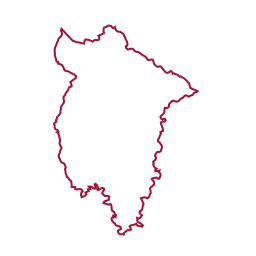 outline of Lebon Régis, Santa Catarina, Brazil, rotated 354°
{"feature_id": "56859067B67369109859398", "entity_name": "Lebon Régis", "entity_type": "district", "adm_level": 2, "iso_a3": "BRA", "parent_name": "Brazil", "parent_adm1": "Santa Catarina", "projection": "robinson", "projection_center": [-50.697, -26.878], "detail": "fine", "context": "isolated", "style": "outline", "palette": "rose", "viewbox_px": 256, "rotation_deg": 354, "n_neighbors": 0, "source": "geoboundaries", "source_scale": "gbopen_adm2", "svg_char_len": 5084}
<svg xmlns="http://www.w3.org/2000/svg" viewBox="0 0 256 256"><g transform="rotate(354 128 128)"><path d="M56.9,124.9L58.3,125.8L58.5,128.3L58.7,129.7L59.0,131.1L59.2,132.6L59.0,134.4L58.2,136.0L58.7,138.1L59.6,139.7L59.6,141.4L58.7,142.5L58.0,144.3L57.3,146.2L56.5,147.3L56.1,149.1L56.6,150.7L57.2,152.3L57.4,153.9L58.4,155.3L59.6,156.0L60.6,156.6L61.5,158.4L62.0,160.7L61.1,162.0L61.3,163.9L61.2,166.1L61.5,167.6L61.9,168.8L62.0,170.3L63.4,171.2L64.2,173.0L65.3,174.1L66.0,175.1L66.0,177.1L66.1,179.1L65.7,180.7L67.7,181.1L69.3,181.3L69.2,183.4L70.8,183.7L72.7,183.7L74.4,183.8L75.8,184.8L76.3,186.4L75.0,187.1L74.4,188.6L74.3,190.3L74.7,192.0L76.2,191.6L78.1,190.9L79.7,189.6L79.0,187.7L80.6,187.2L82.3,186.7L81.6,184.9L82.9,184.7L84.2,184.9L84.0,183.5L83.0,182.2L84.8,182.3L86.3,183.3L87.5,184.6L88.7,184.9L89.8,184.2L89.2,182.4L88.9,180.6L90.0,180.1L91.1,181.5L91.8,183.1L91.7,184.9L91.1,186.1L92.4,186.7L93.5,185.8L94.6,185.2L96.3,185.0L97.8,185.8L97.8,187.2L96.6,188.1L95.5,190.1L96.3,191.3L97.0,192.3L98.0,193.1L99.2,193.4L100.8,193.5L102.2,194.4L101.8,196.1L101.4,197.4L100.0,197.8L98.3,198.1L96.6,198.7L95.8,200.1L97.3,200.7L98.5,201.2L99.6,201.8L101.3,202.2L102.6,201.7L103.2,202.8L103.5,204.6L103.2,207.2L103.9,209.1L105.6,210.1L105.5,211.9L107.0,213.4L106.3,215.3L105.3,214.5L104.1,213.8L104.0,215.5L102.7,215.4L102.0,216.8L102.5,218.6L103.5,220.3L105.0,221.6L105.6,223.3L107.0,224.0L108.6,224.6L110.3,225.7L110.5,227.7L108.7,228.2L107.1,229.3L107.7,232.0L109.7,232.9L111.4,233.0L112.5,233.6L113.1,231.9L114.5,231.1L115.8,230.1L116.9,229.6L118.7,229.8L120.3,229.4L120.1,227.7L119.3,226.0L120.3,225.3L122.1,225.0L124.0,224.8L126.3,224.2L126.9,225.9L128.3,226.7L130.0,227.0L131.6,227.6L132.7,226.5L131.7,225.5L130.5,224.1L129.2,223.3L128.1,222.6L127.4,221.2L127.8,219.8L127.7,218.3L129.3,219.2L130.5,218.6L131.7,217.4L132.8,216.4L131.4,214.9L130.6,213.1L131.6,211.6L132.9,211.5L133.8,209.8L134.5,207.0L135.6,205.0L134.9,203.1L134.3,201.2L133.5,199.2L134.9,198.9L136.6,198.7L138.2,198.8L139.7,200.0L141.0,199.4L141.9,198.5L142.5,196.9L143.8,195.1L143.9,193.1L143.5,190.9L144.3,189.5L145.6,188.7L146.8,187.8L147.9,187.1L148.3,185.8L148.1,184.0L146.9,182.6L146.4,180.9L148.6,180.4L149.9,180.4L151.1,180.2L152.3,181.4L153.6,181.7L154.4,180.6L155.3,179.0L155.5,177.2L154.9,176.0L153.9,175.0L154.9,173.5L153.5,173.5L151.9,173.8L150.7,173.9L150.7,172.5L152.1,171.4L150.9,170.7L149.9,168.9L149.2,167.1L150.0,166.1L149.4,164.2L151.1,163.0L152.5,161.8L152.8,160.3L151.9,158.8L152.5,157.0L153.6,155.9L154.7,154.8L156.9,155.2L158.2,154.4L158.9,152.7L159.7,151.2L159.7,148.8L158.7,147.3L158.0,145.6L156.6,144.7L156.4,142.9L157.4,142.0L158.1,140.8L158.9,138.9L160.2,137.0L159.7,135.5L160.9,134.9L162.6,134.5L162.6,132.5L162.1,130.7L161.8,129.0L161.3,127.5L161.2,126.0L163.0,125.2L165.0,125.5L166.3,124.2L165.5,122.6L164.3,122.7L163.0,123.1L161.6,121.8L161.4,120.2L162.7,119.0L164.4,117.8L165.7,116.3L166.1,114.7L166.3,113.2L166.8,111.8L168.5,112.3L170.1,111.8L171.2,110.7L171.1,108.9L172.1,107.8L173.6,106.6L175.6,105.5L177.5,106.3L179.2,106.9L180.8,106.7L182.1,105.8L183.4,104.4L185.6,103.7L187.3,102.2L188.6,101.6L190.4,102.2L191.7,103.2L192.9,102.5L194.1,102.2L195.4,102.1L196.4,101.0L197.5,99.9L199.8,99.5L201.1,98.7L199.9,97.9L198.3,97.0L196.5,96.1L195.3,95.4L194.2,94.7L194.0,93.3L193.7,91.7L193.2,89.7L191.9,88.1L191.0,86.7L190.1,85.8L189.0,84.5L187.1,83.3L185.8,82.1L184.6,82.4L183.7,81.2L182.4,80.0L180.4,79.2L179.4,78.5L178.2,78.7L177.6,76.8L176.6,75.7L175.4,76.5L173.5,77.3L171.8,77.0L170.6,75.7L169.6,74.1L168.5,72.7L167.6,70.9L166.4,69.9L165.3,70.2L163.9,70.3L162.5,69.4L161.6,68.1L160.6,66.9L160.3,65.0L159.8,62.7L158.2,62.3L156.8,62.6L154.7,62.3L153.7,60.1L152.5,58.8L151.5,57.9L150.2,57.1L148.6,55.7L147.1,54.2L145.6,53.3L143.8,52.9L142.4,51.9L141.6,50.3L140.0,49.5L138.1,49.6L136.3,50.0L134.7,48.5L134.2,46.6L135.5,46.2L136.3,44.6L136.1,42.6L135.5,40.6L134.7,38.7L134.6,37.4L133.8,36.0L133.0,33.7L131.4,32.4L130.1,31.5L128.8,31.3L127.1,30.6L125.9,28.6L125.6,26.3L123.8,27.2L122.7,26.1L121.5,24.6L120.0,24.3L118.3,24.2L117.0,25.2L115.7,25.4L114.6,25.8L113.9,27.3L113.8,29.4L114.1,31.1L108.2,33.2L108.8,34.3L109.0,35.8L107.8,37.5L106.5,37.5L104.9,36.9L103.1,37.5L102.0,38.5L100.7,37.6L99.5,37.0L98.4,36.3L96.8,36.0L95.3,35.5L94.2,36.2L93.6,37.7L93.1,39.4L85.7,37.1L82.2,35.5L72.2,22.4L71.5,24.3L71.9,25.5L72.3,27.6L71.5,29.0L70.8,30.2L69.7,30.7L68.2,32.0L67.7,33.8L66.5,35.2L65.8,36.9L64.9,38.6L63.9,40.4L63.2,42.3L63.1,44.3L63.1,46.2L62.9,48.4L63.2,50.2L63.6,51.8L63.6,53.5L64.2,54.7L65.4,54.9L65.3,56.7L66.8,57.1L68.1,58.0L69.1,58.6L69.6,59.9L70.2,61.1L70.6,62.8L71.1,64.2L72.4,64.6L73.6,65.1L75.0,65.7L76.4,66.8L78.1,68.0L79.6,68.8L80.7,69.8L81.8,71.2L81.4,72.8L75.5,76.2L76.0,77.5L76.3,79.0L76.3,80.7L73.8,81.3L72.3,84.1L71.0,85.6L69.9,86.7L68.7,88.8L67.3,90.1L66.9,92.2L67.3,94.7L66.7,96.3L65.4,97.8L63.8,99.7L63.3,101.8L62.7,103.8L62.5,105.6L61.4,107.4L60.2,108.5L58.7,109.6L58.1,111.6L57.1,112.6L57.2,114.4L55.7,115.2L54.9,116.1L55.3,117.9L55.1,119.5L55.3,120.8L56.2,122.0L57.7,122.7L58.3,124.1L56.9,124.9Z" fill="none" stroke="#9f1239" stroke-width="2"/></g></svg>